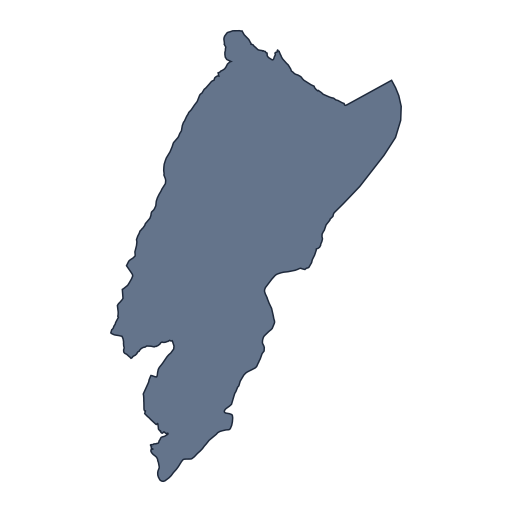 Tota, Boyacá, Colombia (Mercator projection)
{"feature_id": "7082276B21893770290746", "entity_name": "Tota", "entity_type": "district", "adm_level": 2, "iso_a3": "COL", "parent_name": "Colombia", "parent_adm1": "Boyacá", "projection": "mercator", "projection_center": [-73.015, 5.476], "detail": "fine", "context": "isolated", "style": "filled", "palette": "slate", "viewbox_px": 512, "rotation_deg": 0, "n_neighbors": 0, "source": "geoboundaries", "source_scale": "gbopen_adm2", "svg_char_len": 6011}
<svg xmlns="http://www.w3.org/2000/svg" viewBox="0 0 512 512"><path d="M242.0,30.9L241.4,31.1L239.5,30.7L232.8,30.8L230.0,31.8L228.0,32.3L227.0,32.9L224.6,36.2L224.0,38.0L223.9,39.3L224.4,42.9L224.4,43.9L224.2,44.2L225.7,46.9L225.7,47.8L225.4,48.8L225.4,50.5L224.9,52.3L224.9,53.2L224.9,54.6L225.3,57.2L226.8,59.5L231.0,61.5L229.9,61.9L227.5,64.0L225.9,67.1L224.6,68.9L222.3,70.4L220.9,71.0L219.6,72.3L218.1,72.8L218.8,76.1L217.9,75.9L217.1,76.1L215.7,77.0L214.9,77.7L214.5,78.5L214.1,80.1L212.0,81.1L210.9,82.1L209.8,83.5L205.9,87.9L204.2,89.3L202.0,93.0L200.5,94.1L199.7,95.1L197.2,101.5L194.5,105.0L191.2,109.9L188.8,112.4L187.9,114.4L186.7,116.2L184.4,121.2L183.5,122.3L182.8,124.2L182.3,125.6L181.4,130.9L179.8,133.4L178.6,136.4L178.0,137.5L173.9,142.2L173.3,143.1L172.2,146.6L170.1,151.7L166.3,158.0L165.5,160.1L164.2,164.2L163.9,166.9L163.7,170.5L164.1,173.5L163.9,175.0L165.4,178.8L165.7,180.6L165.4,183.6L161.9,189.1L161.0,191.1L159.1,194.3L157.4,197.8L156.3,201.1L155.8,205.8L154.6,208.4L153.9,209.7L151.6,212.0L151.2,213.2L150.9,215.5L149.9,218.3L145.4,223.6L144.7,225.5L143.0,227.9L142.2,228.6L140.9,230.2L140.0,231.0L139.2,233.3L137.7,236.2L136.5,239.7L136.9,241.9L136.5,245.6L134.9,251.9L135.2,255.1L135.0,256.1L132.9,258.1L130.1,259.9L128.8,261.1L126.5,265.7L131.6,273.1L132.5,274.6L132.7,276.0L131.5,278.9L129.2,282.9L127.7,285.3L123.5,288.7L122.3,289.4L123.0,298.3L122.3,299.5L120.2,302.0L118.5,303.7L117.4,305.5L118.2,312.1L118.1,314.7L117.8,316.3L118.4,317.3L115.6,322.6L115.2,324.2L114.0,326.0L113.2,328.2L112.6,329.0L111.7,329.8L110.8,332.9L112.0,333.8L114.3,334.8L115.2,335.0L119.0,335.6L122.0,336.3L123.1,338.9L123.6,342.0L123.5,343.4L123.7,345.9L124.2,347.6L124.1,348.4L123.6,349.9L123.7,351.6L124.0,352.5L124.9,353.4L126.7,354.3L129.1,356.5L129.7,356.9L131.0,358.3L132.1,357.7L133.0,356.4L135.4,355.1L137.0,353.5L137.2,352.7L138.0,351.8L139.1,351.3L139.7,350.1L140.5,349.4L141.1,348.6L143.3,347.4L145.1,347.1L146.7,346.0L151.0,346.2L154.2,346.9L154.9,346.5L156.3,346.4L157.0,345.9L157.6,345.8L159.9,344.1L160.6,342.9L161.7,342.2L162.3,342.1L162.9,342.4L164.2,342.4L165.9,342.1L166.9,341.6L168.1,341.4L168.5,340.9L169.1,340.8L169.7,340.3L170.7,340.9L171.2,341.0L172.1,340.7L172.5,341.4L174.0,346.0L173.7,349.0L170.8,353.0L168.7,354.8L166.9,356.9L162.5,363.4L159.3,367.4L158.3,369.3L157.6,372.5L157.3,375.2L156.9,376.4L156.6,376.9L155.2,376.8L151.8,375.6L150.9,375.5L149.1,379.8L148.7,381.9L147.9,383.8L143.3,393.9L143.3,394.4L143.6,395.6L143.8,398.7L143.8,401.2L143.9,402.3L144.0,409.2L144.3,410.3L144.6,410.8L145.4,410.9L145.4,411.2L144.7,413.6L144.9,413.8L147.5,416.5L148.8,417.5L150.9,419.7L155.8,424.2L156.3,424.5L156.6,424.4L157.2,423.7L157.6,423.5L157.8,423.7L158.3,427.2L158.4,428.7L158.6,429.4L159.4,430.2L159.7,430.8L160.3,430.7L160.7,431.3L160.9,432.3L161.5,432.9L162.0,433.1L162.6,433.1L163.5,432.1L163.8,431.9L164.3,432.0L165.1,432.8L166.4,433.7L167.4,433.2L167.8,433.2L168.0,433.5L167.9,434.1L167.6,434.4L164.6,436.3L162.3,436.9L161.2,437.4L160.5,438.4L160.1,439.5L159.1,440.9L158.8,442.2L158.4,442.9L157.7,443.4L156.8,443.4L156.1,443.8L153.9,443.9L153.1,444.5L151.7,444.6L150.7,444.8L150.5,445.0L150.7,445.9L151.5,446.4L151.2,448.0L151.4,448.3L151.6,448.5L152.7,448.8L152.8,449.1L151.3,449.5L151.0,449.8L150.9,450.5L151.0,451.5L151.7,452.8L153.1,454.4L155.2,456.0L156.5,457.2L157.5,459.0L157.8,460.9L158.4,462.4L159.2,466.7L159.2,467.9L158.0,471.0L157.7,472.8L157.8,475.1L158.4,477.1L159.9,479.9L160.6,480.5L162.0,481.2L163.5,481.3L165.0,480.8L169.0,477.8L171.2,475.6L173.4,472.6L176.3,469.4L178.3,466.7L181.4,461.7L182.9,459.8L183.8,459.3L185.0,459.1L190.9,459.0L191.8,458.7L194.3,456.8L197.4,453.5L200.3,450.9L202.5,448.6L204.3,446.1L206.2,444.0L209.1,440.3L216.3,434.3L217.7,432.7L219.8,431.5L222.1,430.8L226.0,429.9L228.9,429.7L229.8,429.2L230.4,428.4L231.7,425.3L232.4,421.8L232.7,417.9L232.4,415.6L232.0,414.8L231.6,414.5L229.5,413.7L225.5,413.0L224.7,412.4L224.4,412.0L224.3,411.1L225.0,409.7L226.0,408.6L229.5,406.1L231.5,404.3L234.7,393.5L235.9,391.5L237.6,387.2L238.8,385.9L240.2,381.2L243.8,375.1L245.8,373.0L247.4,371.9L255.1,368.0L256.5,366.7L256.9,366.0L258.0,363.5L258.9,361.8L259.1,361.1L260.2,359.0L262.1,353.6L264.1,351.0L264.3,347.5L263.8,345.9L262.6,343.5L262.4,342.4L262.6,340.0L263.2,337.9L263.8,336.5L265.0,335.2L268.5,331.8L270.1,330.4L270.6,330.1L272.2,328.5L274.3,323.4L274.6,322.2L274.5,321.0L273.8,318.7L273.3,315.9L271.6,308.4L269.1,303.2L267.2,298.3L267.3,298.2L267.2,297.9L265.3,293.9L264.5,291.3L264.6,289.7L265.4,287.6L271.7,279.3L274.9,275.7L276.1,274.7L277.4,274.0L281.0,272.8L283.5,272.2L288.1,271.7L295.1,270.3L297.8,269.3L299.2,268.6L300.4,268.3L300.9,268.3L302.1,268.8L304.9,269.5L306.4,268.2L307.9,267.9L308.9,267.3L311.6,262.6L312.3,259.7L314.6,255.1L316.2,250.3L316.3,249.0L316.8,248.7L317.8,248.5L319.5,247.3L320.6,245.4L320.8,243.9L321.8,241.7L322.5,238.9L322.0,236.6L322.1,234.1L323.2,231.9L324.3,230.2L326.1,224.9L329.8,220.2L330.0,219.7L329.9,219.3L332.9,216.4L333.5,213.9L334.2,212.7L343.2,203.8L359.8,186.4L384.0,155.3L395.5,137.5L400.7,120.3L401.2,106.4L398.8,95.7L395.6,87.8L391.6,80.3L346.8,104.9L345.7,105.3L345.0,105.3L344.4,104.7L344.1,103.5L342.2,102.8L338.0,100.5L335.8,99.9L333.7,98.2L331.5,97.7L329.6,97.1L323.2,94.3L321.4,92.6L318.4,90.5L318.2,90.4L317.8,90.8L316.4,89.8L314.7,87.8L314.1,86.2L311.1,84.8L303.8,80.2L302.3,78.6L301.5,77.4L300.7,76.6L298.1,75.1L295.4,74.2L294.1,73.3L292.9,72.1L291.4,71.0L290.7,69.0L288.2,64.9L286.5,63.3L282.7,59.0L281.5,57.0L280.9,55.4L280.2,54.2L279.9,53.2L279.3,52.2L279.2,51.4L278.1,50.9L277.7,50.1L277.3,50.4L277.2,51.5L277.0,52.0L276.4,52.3L275.6,52.4L275.1,52.9L275.0,53.4L275.3,54.4L275.3,54.9L274.3,56.9L273.8,58.6L273.2,59.6L272.4,59.9L271.9,59.7L268.9,57.8L267.7,56.6L267.2,55.6L267.1,53.4L266.9,52.9L266.0,52.7L265.3,51.5L264.1,51.3L263.4,50.8L262.5,51.0L262.2,50.6L261.7,50.5L259.6,50.2L258.1,49.8L256.1,48.0L255.8,47.5L254.4,46.5L252.9,44.7L251.0,44.2L251.0,43.3L250.5,42.7L248.8,39.5L244.2,34.8L242.0,30.9Z" fill="#64748b" stroke="#1e293b" stroke-width="1.5"/></svg>